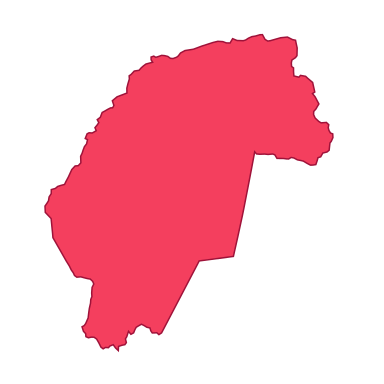 outline of Aurora, Ceará, Brazil, rotated 351°
{"feature_id": "56859067B28878883208689", "entity_name": "Aurora", "entity_type": "district", "adm_level": 2, "iso_a3": "BRA", "parent_name": "Brazil", "parent_adm1": "Ceará", "projection": "equal_earth", "projection_center": [-38.966, -7.009], "detail": "fine", "context": "isolated", "style": "filled", "palette": "rose", "viewbox_px": 384, "rotation_deg": 351, "n_neighbors": 0, "source": "geoboundaries", "source_scale": "gbopen_adm2", "svg_char_len": 2785}
<svg xmlns="http://www.w3.org/2000/svg" viewBox="0 0 384 384"><g transform="rotate(351 192 192)"><path d="M260.2,49.4L256.1,46.9L252.9,50.8L249.2,50.1L246.0,48.3L241.1,47.2L236.2,47.6L224.6,49.4L220.2,50.3L215.7,51.2L207.2,51.2L202.4,52.9L199.7,55.5L197.8,56.5L194.2,57.2L191.6,56.6L189.3,54.3L186.2,53.0L183.4,52.3L179.6,53.0L177.3,53.3L175.5,51.8L172.7,52.3L172.3,55.1L173.4,57.7L166.5,58.4L163.5,60.0L161.0,61.6L158.8,63.5L153.9,63.5L150.2,66.4L148.1,67.4L147.8,70.6L145.6,75.2L143.9,79.2L143.2,84.1L133.0,86.2L127.6,89.4L128.4,94.3L126.8,96.4L124.7,96.2L121.9,97.1L118.3,98.5L115.7,99.4L113.1,103.9L109.7,105.7L110.8,108.9L108.7,111.1L106.2,113.3L107.0,116.5L102.7,118.1L99.6,117.4L97.5,118.1L94.9,122.5L97.0,123.9L95.4,128.0L92.9,130.3L91.0,133.6L89.5,136.6L87.6,139.3L86.8,145.8L83.8,148.2L80.6,148.0L76.8,151.0L72.2,157.9L69.0,162.1L67.3,164.6L63.3,165.0L60.2,165.5L57.6,167.1L53.4,167.6L52.7,171.6L50.1,174.5L48.9,178.2L47.0,180.4L44.6,182.9L43.9,189.2L47.3,194.1L48.7,196.2L47.8,211.3L47.5,215.4L51.1,224.8L57.2,241.0L59.2,245.7L60.6,250.2L62.1,253.2L62.9,256.1L64.9,258.1L68.9,258.4L72.0,259.8L75.0,261.1L77.9,262.1L79.9,264.7L80.6,267.5L78.4,270.6L77.1,276.1L76.8,279.6L75.2,282.3L74.4,285.9L72.4,290.9L71.0,295.5L69.7,300.2L67.8,303.1L66.4,305.3L64.6,307.1L62.3,307.9L63.0,312.6L64.8,315.3L64.6,318.3L66.9,319.8L69.8,319.6L72.5,320.1L74.8,322.3L76.4,326.5L77.8,331.0L79.7,333.0L82.1,332.0L85.1,332.7L86.8,331.3L90.3,330.5L92.1,334.1L94.4,337.1L95.3,333.0L99.0,332.4L101.8,332.3L103.6,330.5L103.3,326.6L104.9,324.8L106.1,322.4L107.5,319.7L109.4,323.0L112.3,322.0L114.1,319.0L115.7,316.9L118.1,315.9L121.4,314.7L123.9,316.5L126.2,318.5L129.2,319.7L129.6,322.7L130.7,325.0L132.9,325.3L135.2,325.5L137.0,327.7L139.9,326.4L185.9,264.5L188.3,261.2L222.8,262.1L230.3,243.2L238.1,223.1L240.5,216.7L250.0,190.6L254.4,178.4L260.2,162.1L261.7,164.5L264.8,165.3L269.7,165.9L273.0,166.8L277.6,167.1L279.6,168.2L281.2,172.1L287.6,173.2L290.6,174.1L292.6,174.5L295.3,173.4L297.9,174.3L301.1,176.7L304.6,178.0L306.8,178.9L310.0,181.6L313.2,184.0L315.7,184.3L318.6,184.3L320.5,180.7L321.8,177.8L324.6,177.4L327.3,174.0L331.7,173.6L334.0,172.2L335.9,165.2L337.5,163.7L339.7,160.3L340.1,156.6L338.0,155.4L336.9,152.6L336.6,149.8L337.6,146.9L335.6,144.3L330.3,143.9L328.2,142.1L325.2,138.2L324.2,134.6L324.8,131.5L327.4,129.4L329.3,127.0L331.1,124.9L329.8,121.1L328.5,117.3L326.4,113.6L328.9,112.5L328.3,102.7L324.0,97.7L322.3,95.5L317.4,93.8L315.5,95.3L310.8,93.3L311.1,89.2L311.7,85.3L310.0,83.6L310.3,80.1L311.3,77.3L315.2,75.5L317.0,73.8L318.4,66.2L318.1,61.1L318.0,58.3L315.1,57.2L310.5,53.9L303.8,53.5L293.0,54.8L290.5,54.8L288.0,52.7L286.2,47.6L283.8,47.3L279.0,47.9L275.5,47.9L271.8,48.9L268.7,50.3L266.3,50.6L260.2,49.4Z" fill="#f43f5e" stroke="#9f1239" stroke-width="1.5"/></g></svg>